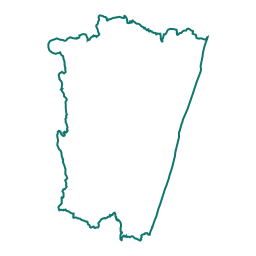 the district of Mananjary, Vatovavy-Fitovinany, Madagascar
{"feature_id": "10022922B52512193010711", "entity_name": "Mananjary", "entity_type": "district", "adm_level": 2, "iso_a3": "MDG", "parent_name": "Madagascar", "parent_adm1": "Vatovavy-Fitovinany", "projection": "mercator", "projection_center": [48.046, -21.236], "detail": "fine", "context": "isolated", "style": "outline", "palette": "teal", "viewbox_px": 256, "rotation_deg": 0, "n_neighbors": 0, "source": "geoboundaries", "source_scale": "gbopen_adm2", "svg_char_len": 5629}
<svg xmlns="http://www.w3.org/2000/svg" viewBox="0 0 256 256"><path d="M59.3,210.3L61.1,209.7L62.2,210.1L63.3,209.8L63.7,210.3L65.4,209.5L65.7,209.6L65.8,210.2L66.4,210.8L68.5,211.4L70.9,213.0L72.3,213.5L73.6,213.5L73.6,214.6L73.3,215.0L73.5,215.6L73.2,217.1L73.5,217.8L75.1,217.5L76.6,217.6L77.7,218.4L78.4,218.3L78.8,218.5L80.1,218.7L81.4,219.9L84.7,220.9L85.8,221.6L86.9,221.5L87.5,221.9L87.9,224.0L88.2,224.4L89.4,225.0L90.1,227.3L90.8,227.6L93.6,226.5L94.5,227.9L95.2,228.0L95.7,227.6L96.3,227.5L98.1,227.4L98.4,227.0L98.9,225.8L98.4,223.0L100.3,220.9L100.9,219.7L101.7,219.0L102.5,218.8L103.2,218.3L103.9,218.3L104.6,218.0L105.3,218.5L107.3,217.5L107.7,217.0L108.9,216.6L110.0,216.6L110.2,216.0L109.8,215.4L109.9,215.1L110.4,215.4L110.9,215.1L111.3,215.4L111.8,214.9L112.5,214.9L112.8,213.9L113.5,213.5L114.0,212.8L114.6,212.7L114.7,213.4L115.4,214.0L115.4,216.1L115.6,216.7L116.2,217.0L116.0,218.3L116.5,218.7L116.5,219.7L117.4,220.4L117.9,219.7L118.3,219.7L119.2,221.0L120.3,222.0L120.7,223.2L121.0,225.0L121.0,226.5L120.4,228.7L120.7,229.7L120.6,231.3L120.8,231.8L121.9,232.2L122.0,232.7L121.6,233.5L120.9,233.7L120.7,234.0L120.3,236.5L120.8,238.0L120.3,238.7L120.8,239.6L121.6,240.2L121.8,239.9L121.7,238.7L121.9,237.9L123.3,235.9L123.8,235.6L125.2,236.7L125.8,236.7L126.3,235.9L126.6,236.8L127.0,237.0L127.8,236.8L129.3,236.8L129.8,237.2L131.7,236.3L133.0,236.5L134.8,238.4L136.5,238.7L140.1,240.6L140.6,240.4L141.2,239.4L140.8,238.7L141.0,238.1L141.8,237.1L141.3,235.7L141.9,234.8L144.5,234.1L144.5,233.6L145.3,233.2L146.1,233.4L147.0,233.1L147.5,233.2L148.2,234.4L149.0,234.9L149.6,234.9L150.4,231.7L152.0,228.0L152.2,226.5L152.4,226.3L152.6,226.5L154.5,220.7L156.3,216.5L158.4,208.8L160.1,204.4L165.1,188.6L166.0,186.7L168.9,178.2L169.4,175.9L172.1,167.5L174.9,156.2L175.4,151.9L179.0,137.3L179.0,132.2L179.7,130.9L181.2,125.1L182.7,120.9L182.8,119.9L187.4,109.4L193.1,92.9L196.4,82.7L200.6,71.7L201.0,69.0L200.6,66.0L202.5,56.6L203.1,52.0L204.2,47.5L205.9,42.0L207.2,38.9L207.6,37.1L207.1,37.4L206.7,38.6L205.3,39.5L204.6,39.5L202.0,38.6L200.6,38.3L200.0,38.3L199.1,38.7L197.0,38.2L196.3,37.7L196.2,35.6L195.7,34.8L192.9,33.9L192.5,33.4L193.1,31.9L193.1,31.3L192.9,31.0L191.2,30.5L189.5,29.1L188.4,28.6L186.9,29.1L186.2,30.5L183.8,30.6L182.4,31.6L181.3,33.0L179.7,33.1L179.0,33.7L178.1,34.7L177.3,34.8L177.0,34.5L177.0,33.5L176.7,32.9L177.1,32.2L176.6,30.7L176.6,29.8L173.5,29.1L170.1,28.9L168.4,29.6L167.5,30.5L166.2,33.1L165.4,34.3L163.8,34.3L163.2,37.7L162.0,39.9L162.0,40.4L162.5,41.1L162.4,41.5L162.0,41.5L161.7,41.3L160.9,39.5L160.7,36.2L160.3,33.7L159.0,33.8L157.2,33.5L156.8,33.8L156.6,34.4L156.2,34.4L155.6,33.0L154.6,32.8L153.7,32.9L153.2,32.5L152.4,32.4L151.8,31.4L151.1,31.3L150.6,30.8L150.1,30.8L149.6,31.5L149.1,31.4L148.7,30.5L148.6,29.6L148.3,29.2L147.8,29.4L147.5,30.3L147.1,30.4L145.5,28.8L145.1,28.1L144.7,28.5L144.1,28.5L143.9,28.3L144.1,27.8L143.9,27.5L141.4,26.3L140.0,24.7L138.7,23.9L136.6,23.6L135.5,23.0L134.8,22.1L133.7,21.6L132.8,20.5L132.4,20.5L132.2,20.8L131.8,22.2L130.8,21.4L130.3,21.3L130.0,21.4L130.0,21.7L130.5,22.7L128.5,23.2L127.4,22.9L127.2,22.1L127.4,21.0L126.9,20.3L127.0,19.2L125.8,16.8L124.9,16.0L124.4,15.9L124.1,17.1L124.2,17.8L123.9,18.1L123.1,17.8L121.8,17.8L119.7,16.8L118.2,17.2L116.6,17.2L115.8,17.6L113.2,17.9L110.6,19.1L110.0,19.0L109.5,19.4L108.7,19.4L107.5,20.6L107.1,20.5L106.7,19.7L106.8,18.3L106.1,17.9L105.7,17.1L103.9,16.8L102.8,16.0L101.4,15.8L100.5,15.4L99.8,15.4L98.9,16.2L98.7,16.9L98.5,17.5L99.1,19.2L99.1,19.9L98.0,21.9L97.8,23.6L97.2,24.6L96.4,25.2L96.2,26.4L97.7,29.7L98.5,32.9L99.3,33.8L98.9,35.0L98.2,35.6L97.2,36.1L96.6,36.8L95.8,35.9L95.4,36.2L94.8,36.2L93.7,35.4L93.1,36.0L93.0,36.5L91.4,37.0L89.3,39.9L88.9,40.1L88.3,39.5L87.8,39.4L87.6,39.7L87.6,38.1L86.9,37.3L86.3,35.4L85.8,34.7L85.5,34.4L83.1,34.1L81.5,34.6L80.6,35.1L79.4,35.4L79.5,36.7L79.3,37.3L78.4,38.0L77.2,37.8L76.9,38.7L76.4,38.7L75.8,38.3L75.0,38.5L72.5,38.1L70.6,37.3L69.6,37.5L69.2,37.9L67.6,38.6L66.2,40.3L65.2,40.8L64.2,40.7L63.2,40.1L61.8,39.8L60.2,39.7L56.7,38.4L55.1,39.2L52.3,40.0L51.6,40.5L50.3,40.8L49.6,41.7L48.4,43.9L48.4,47.0L49.0,49.4L49.7,50.7L52.5,52.8L55.5,53.8L59.3,52.8L60.0,52.3L60.4,52.9L60.7,54.0L61.7,55.4L63.1,56.1L63.5,58.9L64.4,61.4L64.6,63.7L64.5,64.5L64.8,65.4L64.7,66.3L65.5,68.1L65.2,68.5L65.1,68.9L65.6,71.8L65.5,72.2L64.0,73.4L62.0,71.8L61.4,72.5L60.2,72.9L59.6,73.4L59.0,74.1L58.7,74.9L59.1,77.4L59.5,78.1L59.4,79.2L61.4,81.4L62.1,83.8L62.1,85.0L61.5,88.5L61.1,89.2L62.0,89.2L61.5,89.8L61.6,90.4L63.9,93.9L64.1,96.4L65.8,97.8L66.8,99.3L66.7,100.1L65.7,101.5L65.5,102.7L65.8,104.8L65.7,107.3L66.2,112.3L66.4,113.4L66.9,114.7L66.0,116.0L66.4,117.7L65.5,118.7L65.4,119.1L65.7,120.7L65.6,122.2L66.4,123.5L67.5,127.6L66.9,129.0L67.5,129.9L67.6,130.6L67.2,131.4L66.7,131.2L66.2,131.5L66.4,132.0L66.2,132.5L65.0,132.2L64.4,131.8L63.3,133.0L63.4,133.3L64.6,133.9L64.7,134.4L64.6,135.5L63.8,136.0L62.9,135.8L61.3,134.3L60.5,131.8L60.0,131.9L59.6,131.5L59.5,130.9L58.8,130.8L58.5,131.3L57.8,131.7L57.8,133.7L57.2,134.8L57.3,136.7L58.0,140.0L58.0,141.3L57.6,142.5L57.3,144.6L57.4,145.5L57.9,146.3L58.7,148.5L59.4,149.6L60.5,150.5L61.4,152.5L61.7,156.1L62.3,157.3L62.2,157.8L62.4,158.5L63.1,159.2L62.9,159.8L63.2,161.1L62.8,161.8L64.2,165.1L65.5,169.5L65.3,173.4L65.5,174.7L66.1,175.2L67.2,178.4L66.1,179.6L65.2,180.2L65.2,180.4L66.2,183.0L66.3,184.1L66.0,185.4L66.7,186.6L64.8,189.2L64.1,189.4L63.4,189.3L62.4,191.4L63.5,193.0L63.6,196.0L63.4,197.1L62.7,197.9L62.5,198.0L61.8,197.4L61.5,197.9L61.8,200.7L61.6,201.9L61.8,203.2L61.3,203.6L60.9,204.5L59.7,205.4L58.5,206.8L58.5,208.0L58.9,208.8L59.3,210.3Z" fill="none" stroke="#0f766e" stroke-width="2"/></svg>